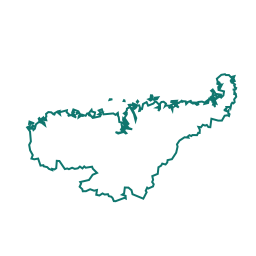 an SVG outline of Guangdong, rotated 193°
{"feature_id": "CHN-1180", "entity_name": "Guangdong", "entity_type": "Province", "adm_level": 1, "iso_a3": "CHN", "parent_name": "China", "parent_adm1": "", "projection": "albers", "projection_center": [112.97, 22.878], "detail": "fine", "context": "isolated", "style": "outline", "palette": "teal", "viewbox_px": 256, "rotation_deg": 193, "n_neighbors": 0, "source": "natural_earth", "source_scale": "10m", "svg_char_len": 5894}
<svg xmlns="http://www.w3.org/2000/svg" viewBox="0 0 256 256"><g transform="rotate(193 128 128)"><path d="M154.9,135.8L145.6,138.9L143.2,138.0L141.3,140.4L140.7,138.8L141.4,138.5L139.5,136.6L137.8,131.9L135.1,131.8L135.1,130.1L134.1,128.0L133.8,129.3L133.9,127.6L133.5,128.1L134.7,123.9L133.6,127.3L134.1,123.9L133.0,126.7L133.2,124.3L132.2,125.3L132.0,123.1L136.0,121.2L139.2,121.2L136.3,120.4L131.3,123.2L128.9,122.2L128.4,122.6L131.1,124.4L130.6,127.1L123.6,127.7L127.2,128.1L130.9,131.3L129.5,132.3L127.9,131.6L133.7,137.0L132.3,140.9L132.6,142.5L134.0,142.8L133.1,144.8L133.4,146.6L130.7,148.9L125.3,142.8L122.3,137.0L122.2,139.5L128.6,148.2L126.0,148.1L124.6,150.1L124.5,151.8L122.2,152.6L120.9,150.5L120.9,147.1L120.2,147.4L119.5,149.9L118.6,149.8L118.7,154.8L115.7,157.4L113.4,154.3L108.7,157.6L107.7,159.7L106.2,159.8L102.9,157.7L102.5,156.1L104.7,154.3L102.0,154.6L102.2,151.4L101.1,153.9L102.3,158.9L101.2,160.9L99.2,161.6L96.5,160.3L96.8,157.7L96.2,158.5L92.4,159.0L91.9,158.4L92.8,156.5L90.9,158.2L88.8,155.4L89.2,158.5L91.7,159.7L88.2,162.4L87.4,162.4L88.4,161.8L87.4,161.3L87.3,159.8L86.6,160.5L83.2,159.4L85.4,161.0L85.9,162.4L85.0,163.3L86.1,164.1L84.1,163.9L81.9,166.5L80.6,165.0L81.0,166.4L77.8,166.9L76.7,164.4L76.1,165.4L76.8,166.3L74.8,166.1L75.9,166.5L72.3,169.0L73.2,167.3L70.3,166.4L69.4,166.8L71.2,167.3L67.6,168.0L68.7,167.2L66.0,166.0L64.9,166.8L65.6,167.6L64.7,168.7L66.4,167.6L67.1,168.0L65.0,169.3L61.8,170.4L59.1,170.0L55.9,173.8L56.7,171.3L55.8,172.1L55.6,170.7L58.8,169.5L58.9,168.7L55.6,170.4L55.5,174.7L53.9,174.2L54.3,174.8L51.4,175.0L50.1,175.7L50.0,173.0L51.4,173.4L51.6,172.6L50.5,172.4L51.6,171.6L50.2,172.4L50.4,169.9L49.4,170.1L48.6,169.0L49.1,168.3L48.3,168.7L49.1,171.8L47.5,171.6L49.5,174.4L49.3,176.1L44.4,180.2L43.8,179.0L42.4,181.2L42.7,185.3L48.3,185.4L49.3,188.2L48.6,189.2L47.9,188.7L47.6,186.1L46.4,190.8L47.1,190.2L46.7,191.4L48.0,191.2L49.2,192.9L51.1,193.4L52.5,196.0L49.0,200.8L45.6,202.2L44.5,201.6L41.6,202.3L39.2,200.7L36.0,202.4L36.3,200.0L34.6,197.7L35.7,197.0L37.8,199.3L38.5,197.0L37.4,195.7L36.8,196.2L36.5,194.9L36.1,196.6L35.5,195.2L33.6,194.5L34.3,192.3L33.6,193.4L33.1,191.7L31.6,191.3L31.8,190.0L34.7,188.9L32.8,189.5L32.1,184.9L31.4,184.9L31.6,186.2L30.7,185.2L31.0,186.2L29.6,182.8L31.0,179.8L29.9,177.2L30.9,175.7L32.1,176.1L32.7,174.7L32.6,170.7L33.2,171.5L36.8,170.6L36.3,169.8L37.6,167.9L36.9,167.7L37.4,166.9L34.7,166.5L34.0,167.8L33.7,165.1L32.2,164.3L32.3,162.4L33.9,162.8L36.6,161.7L38.2,156.3L41.9,155.5L48.8,155.8L48.0,147.3L49.9,147.0L51.9,148.7L53.4,147.7L55.8,148.0L57.1,145.1L59.6,144.9L57.6,142.4L57.1,139.3L58.5,139.1L59.1,136.6L63.7,135.6L64.5,134.4L66.5,134.8L67.9,133.0L67.1,132.2L70.8,131.7L75.0,127.3L76.6,123.1L75.5,121.0L75.5,114.8L78.2,107.5L82.2,105.6L82.0,103.2L83.2,100.9L86.6,101.0L87.3,98.7L89.5,96.6L88.7,90.0L93.5,86.6L91.9,83.1L92.3,80.8L90.3,79.0L90.5,76.7L94.6,73.6L95.9,74.2L96.6,70.8L95.4,69.6L97.2,62.6L108.7,64.5L110.6,68.2L114.2,70.0L117.7,69.3L117.1,63.4L118.7,61.7L115.1,61.4L114.3,58.8L115.8,59.1L123.6,53.9L125.4,53.6L127.2,56.2L128.8,57.3L131.4,57.3L132.6,59.0L135.8,57.9L138.1,58.5L140.7,55.8L143.9,55.8L144.3,60.6L146.9,59.3L151.1,59.8L154.7,57.0L157.8,56.2L158.8,58.1L161.9,59.9L161.2,63.3L162.4,64.6L154.3,68.6L151.9,74.5L148.1,77.3L153.1,80.4L154.3,82.2L160.3,79.8L162.0,80.7L163.3,78.4L166.2,79.6L167.8,77.4L170.7,76.2L173.5,76.7L176.3,74.6L178.1,74.9L180.3,73.8L187.4,80.4L190.0,80.0L188.9,72.7L190.3,71.1L192.7,71.1L192.3,69.9L195.9,70.4L197.9,71.7L201.5,71.7L202.1,72.7L204.8,71.7L208.7,78.0L212.3,76.4L215.2,76.5L214.7,80.2L218.3,84.2L220.5,89.3L219.6,93.0L222.7,102.6L226.4,105.9L224.1,107.9L223.6,105.0L220.6,106.2L219.7,104.8L218.6,106.4L218.5,110.9L216.2,113.8L213.2,113.7L209.6,112.0L211.0,114.6L215.6,114.5L217.1,117.0L216.6,117.7L214.5,115.9L213.5,115.8L214.8,116.8L213.0,119.1L212.1,117.0L209.4,117.2L209.9,118.2L211.9,117.9L210.1,120.7L211.0,123.3L209.2,125.6L206.2,126.0L203.8,124.6L201.9,124.5L203.6,125.2L200.2,128.4L198.9,129.0L199.6,127.1L197.4,126.0L198.3,127.9L191.5,131.5L191.3,129.5L188.1,127.8L189.3,126.2L184.9,128.6L184.2,128.3L184.5,127.3L180.8,126.6L182.8,127.2L182.5,128.7L184.9,129.0L186.2,128.2L184.1,131.0L184.8,132.5L185.7,131.8L185.4,133.8L180.1,133.1L179.1,132.0L181.4,131.2L181.0,130.4L179.8,131.2L176.4,130.5L178.6,128.7L178.5,127.2L176.7,129.2L174.8,129.6L175.0,130.6L172.0,130.4L171.1,132.9L169.9,133.4L168.8,131.6L166.7,131.4L169.4,133.8L167.6,137.5L166.8,135.9L163.6,135.8L163.5,132.3L165.6,130.6L164.6,129.9L157.8,133.1L157.4,134.8L159.6,134.8L157.2,137.2L158.4,137.0L160.4,138.5L157.7,140.3L154.9,135.8ZM53.1,180.1L52.2,182.9L50.3,181.0L45.1,181.4L45.1,180.3L46.2,180.1L45.9,179.3L46.8,179.6L47.5,179.1L46.2,178.9L49.0,178.4L49.7,180.0L52.6,178.8L53.1,180.1ZM112.2,159.8L114.4,160.6L112.7,161.7L113.0,165.0L111.8,165.2L111.0,163.9L112.1,162.1L110.4,161.8L112.2,159.8ZM130.4,127.8L133.6,131.9L132.6,131.8L128.4,127.8L130.4,127.8ZM87.3,163.3L91.7,163.1L91.7,164.0L86.6,165.5L87.3,163.3ZM55.0,175.8L53.0,178.2L49.7,176.1L53.1,175.4L53.4,176.7L55.0,175.8ZM132.3,132.3L134.6,134.7L134.8,136.2L130.5,132.9L132.3,132.3ZM220.5,111.4L225.3,109.8L225.4,112.1L220.5,111.4ZM108.7,161.5L108.8,163.5L105.5,164.7L106.3,162.5L108.7,161.5ZM128.9,151.2L128.7,153.1L126.1,152.6L128.1,150.8L128.9,151.2ZM127.6,148.8L126.3,151.2L125.3,151.2L125.1,149.9L127.6,148.8ZM54.3,182.4L55.3,183.0L54.1,184.5L53.1,183.5L54.3,182.4ZM130.4,150.5L131.6,149.7L132.4,150.7L130.7,151.3L130.4,150.5ZM125.3,155.5L124.8,156.7L124.0,156.1L124.5,154.9L125.3,155.5ZM50.9,191.1L51.0,192.6L50.5,192.8L49.5,190.9L50.9,191.1ZM131.8,126.1L132.5,127.5L132.2,128.3L131.3,127.2L131.8,126.1ZM221.8,107.6L221.6,108.7L220.3,108.7L220.3,108.4L221.8,107.6ZM134.3,140.8L135.2,141.3L134.3,142.2L134.0,141.6L134.3,140.8ZM152.3,151.2L152.2,151.9L149.7,152.5L152.3,151.2ZM138.3,153.3L138.1,154.2L137.7,154.1L137.4,153.4L138.3,153.3Z" fill="none" stroke="#0f766e" stroke-width="2"/></g></svg>